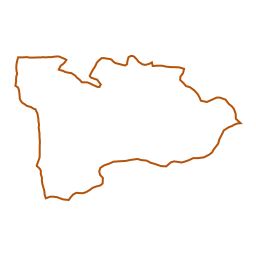 the district of Kormakitis, Cyprus
{"feature_id": "46923920B82125334474321", "entity_name": "Kormakitis", "entity_type": "district", "adm_level": 2, "iso_a3": "CYP", "parent_name": "Cyprus", "parent_adm1": "", "projection": "robinson", "projection_center": [32.97, 35.339], "detail": "fine", "context": "isolated", "style": "outline", "palette": "amber", "viewbox_px": 256, "rotation_deg": 0, "n_neighbors": 0, "source": "geoboundaries", "source_scale": "gbopen_adm2", "svg_char_len": 2510}
<svg xmlns="http://www.w3.org/2000/svg" viewBox="0 0 256 256"><path d="M166.2,166.4L170.9,162.3L174.0,161.4L176.5,161.7L181.6,162.5L185.5,161.4L189.1,160.1L193.3,158.1L198.4,158.1L204.0,157.3L209.3,154.6L212.1,152.4L213.8,149.3L215.7,146.9L218.2,143.6L219.4,139.2L221.0,136.1L222.4,133.4L223.8,130.4L228.6,127.3L232.0,126.0L234.5,124.6L237.3,123.5L240.6,123.2L235.9,118.8L235.6,113.6L233.9,108.9L231.7,106.2L228.9,104.0L227.4,102.1L225.5,99.6L219.9,97.6L216.6,97.6L211.8,99.8L206.8,102.0L200.9,100.7L199.5,97.4L197.8,94.3L194.4,90.5L190.0,87.2L186.0,86.1L183.5,83.1L180.2,80.0L180.4,76.7L183.0,73.2L184.1,68.8L179.3,67.4L173.4,67.1L170.4,67.1L165.9,66.6L162.0,65.7L157.2,65.7L152.7,66.0L151.9,62.4L149.4,63.8L145.4,64.9L142.6,64.4L138.7,61.9L136.8,59.4L134.2,56.7L132.5,56.0L130.7,56.0L128.6,57.1L127.9,59.2L127.2,62.2L127.2,64.0L125.2,65.5L122.1,64.8L117.7,63.6L115.3,63.1L112.8,61.1L111.6,59.6L109.8,59.0L106.0,58.5L104.2,58.1L101.7,58.1L98.3,61.0L96.7,62.9L95.8,65.0L94.6,67.3L92.9,69.8L91.0,73.3L89.7,75.9L90.8,77.5L94.6,78.9L97.1,79.6L99.6,83.0L100.8,84.5L99.4,87.0L97.1,86.8L95.1,85.9L92.9,84.9L90.6,83.7L87.4,82.4L84.2,82.3L81.8,82.3L80.0,80.1L76.8,77.5L75.2,75.6L71.4,73.1L68.9,72.8L65.2,72.0L63.0,70.8L60.7,70.3L58.7,69.6L60.7,65.7L62.5,64.5L64.8,62.4L66.4,59.9L64.3,58.7L61.9,57.8L59.6,56.7L57.8,56.4L54.1,56.7L51.7,57.1L48.9,57.1L45.3,57.4L43.1,57.1L41.2,57.4L38.1,57.4L33.5,57.6L29.9,57.6L26.8,57.1L24.1,57.3L21.6,57.4L18.2,57.3L17.3,60.3L16.6,63.4L16.4,65.5L16.3,68.5L16.6,71.3L17.2,73.8L16.4,75.9L16.1,78.6L16.1,81.5L15.4,85.8L17.9,87.4L18.9,89.8L19.3,92.6L19.5,94.6L19.7,96.5L19.7,98.3L20.6,100.6L22.2,102.7L24.9,104.4L26.6,105.7L28.6,106.4L31.1,107.1L33.5,108.7L35.4,109.2L36.3,111.3L37.4,113.4L37.8,115.7L38.3,118.3L38.5,121.5L38.8,123.3L39.0,125.5L38.6,127.8L39.0,129.6L39.2,131.4L39.5,133.5L39.5,136.6L39.7,139.1L39.9,141.9L39.7,146.3L39.7,149.7L39.7,152.5L39.7,155.3L39.5,157.9L38.5,160.6L37.4,163.6L36.7,165.9L38.1,167.1L39.7,168.7L40.8,170.6L40.8,174.1L41.9,177.5L41.9,180.8L42.4,184.0L43.1,186.6L43.7,188.6L44.4,191.2L44.6,194.4L45.8,198.3L50.2,196.7L53.3,196.7L57.2,197.2L60.0,198.3L63.1,199.4L68.7,200.0L71.0,196.9L72.9,194.7L76.3,192.8L79.6,193.1L83.3,193.1L86.4,192.0L90.0,189.8L92.5,187.9L96.2,186.5L100.4,185.4L102.6,183.5L102.9,178.0L100.1,174.9L99.2,171.4L100.4,167.8L104.3,165.3L109.3,163.6L113.5,161.7L117.7,161.4L125.8,160.9L131.2,159.8L137.6,159.0L141.5,160.1L146.6,160.6L150.8,162.8L154.7,163.9L161.1,166.1L166.2,166.4Z" fill="none" stroke="#b45309" stroke-width="2"/></svg>